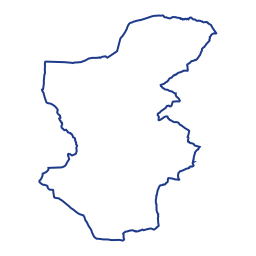 Wanging'ombe, Njombe, United Republic of Tanzania (Mercator projection)
{"feature_id": "72390352B33528420406675", "entity_name": "Wanging'ombe", "entity_type": "district", "adm_level": 2, "iso_a3": "TZA", "parent_name": "United Republic of Tanzania", "parent_adm1": "Njombe", "projection": "mercator", "projection_center": [34.635, -9.053], "detail": "fine", "context": "isolated", "style": "outline", "palette": "blue", "viewbox_px": 256, "rotation_deg": 0, "n_neighbors": 0, "source": "geoboundaries", "source_scale": "gbopen_adm2", "svg_char_len": 5760}
<svg xmlns="http://www.w3.org/2000/svg" viewBox="0 0 256 256"><path d="M160.9,15.7L159.3,15.5L153.8,15.9L151.4,16.5L147.1,18.0L140.4,20.1L139.0,20.2L137.2,20.8L136.1,20.8L134.6,21.5L133.8,21.5L132.4,22.3L130.3,22.9L129.7,23.3L129.0,24.0L128.3,25.0L128.3,25.3L128.1,25.5L127.3,27.2L126.9,28.7L125.1,32.1L122.7,35.8L120.8,37.9L120.3,38.8L117.1,51.2L107.4,57.7L105.4,56.3L102.1,56.8L100.0,57.9L99.4,57.4L97.7,57.8L92.1,57.9L88.8,58.5L85.4,60.4L81.0,62.1L77.8,62.4L74.5,62.5L73.2,63.1L72.5,62.9L64.9,62.2L45.9,61.6L45.1,61.9L44.9,64.0L45.0,66.3L44.8,69.0L45.0,73.2L44.4,74.6L44.0,78.8L43.8,80.5L43.9,83.1L43.3,87.8L43.0,89.3L42.0,89.6L42.4,91.2L43.4,92.5L44.6,97.1L46.4,102.3L47.6,103.1L50.5,103.6L52.9,104.8L55.4,106.7L57.5,109.4L57.8,110.1L57.3,111.4L57.2,112.5L58.1,114.0L59.8,115.4L60.0,115.8L60.1,116.6L60.4,117.1L60.4,117.9L59.2,118.5L59.9,120.3L60.6,120.9L60.9,121.9L61.2,122.4L62.0,122.7L62.2,124.4L61.7,125.3L61.4,126.5L61.8,127.9L63.1,128.9L63.6,129.6L64.4,130.2L65.6,129.8L66.2,129.8L66.9,130.8L67.5,131.3L67.8,132.3L70.6,133.2L70.6,133.7L71.9,134.3L72.6,135.9L72.9,136.2L73.0,137.1L74.8,138.2L75.1,138.6L75.0,140.1L75.4,140.5L75.4,141.0L75.7,142.1L76.1,142.4L76.2,143.2L76.0,144.1L77.1,145.6L76.3,147.8L76.7,151.0L75.9,153.7L73.5,154.9L72.0,155.5L70.2,154.2L69.2,154.3L68.6,153.8L68.2,154.0L67.9,155.0L69.2,159.1L67.2,162.2L66.4,163.9L65.4,165.6L64.2,166.4L61.7,167.4L48.4,167.9L48.5,169.2L48.0,170.3L46.4,171.9L42.9,173.7L42.7,173.7L42.5,175.7L41.6,178.0L40.6,179.7L40.3,179.8L39.3,181.2L39.6,182.2L41.3,183.7L43.0,184.8L44.2,184.8L46.6,185.5L47.5,186.2L47.6,187.5L48.6,188.9L49.8,189.7L52.9,189.8L53.2,190.2L53.4,192.8L54.2,197.3L55.5,197.9L58.9,198.4L59.7,199.1L62.3,200.7L69.7,206.8L70.4,207.7L73.6,209.8L75.7,211.6L76.4,212.0L78.1,213.4L79.1,213.8L79.7,214.2L83.4,215.4L84.4,217.1L85.5,220.5L86.6,221.8L88.8,226.3L91.1,229.6L92.2,232.9L94.2,236.9L96.6,238.7L99.1,238.8L103.1,239.4L108.1,239.5L111.6,240.1L119.6,239.9L122.8,240.6L123.9,239.8L124.1,239.0L123.6,237.9L123.5,236.8L123.7,236.0L123.6,235.0L123.1,233.9L123.4,233.3L125.3,231.8L126.4,231.5L127.8,231.3L128.5,231.0L130.7,230.4L132.9,230.3L134.7,231.2L135.7,231.5L135.9,231.5L136.0,231.1L136.6,231.4L137.5,231.4L137.9,231.4L139.2,230.7L139.7,230.8L140.3,230.4L141.0,230.3L142.1,229.7L142.6,229.6L143.6,230.2L147.2,229.2L150.3,228.5L150.9,228.5L151.7,228.7L153.2,229.4L153.9,229.6L154.4,229.5L155.5,228.5L156.3,228.1L156.7,227.3L157.4,227.0L158.7,225.7L158.3,223.4L157.9,218.4L157.9,217.8L158.3,216.5L158.0,215.2L158.3,214.1L157.6,213.3L157.1,212.2L156.5,209.9L156.6,208.7L156.4,207.3L156.6,206.1L156.3,204.9L156.5,204.3L156.0,203.3L155.8,202.2L155.9,199.5L156.4,196.4L156.3,195.5L156.7,195.3L157.7,190.2L158.6,188.3L158.9,187.1L160.2,185.4L162.0,185.1L162.6,184.8L163.0,184.9L163.3,184.5L164.1,184.6L165.0,184.4L165.4,183.8L165.8,183.6L165.9,183.1L167.2,182.4L167.5,182.0L167.9,180.6L167.8,180.2L168.0,178.8L168.2,178.3L168.5,178.1L172.2,178.5L175.1,179.4L176.9,179.5L179.0,179.8L179.2,179.6L178.4,178.2L178.0,175.9L178.4,173.1L179.5,171.9L180.0,171.3L181.6,170.9L183.5,170.1L186.4,168.7L188.1,168.4L188.8,167.7L189.4,167.8L189.6,167.2L189.8,167.1L190.2,166.5L191.1,166.3L191.9,166.7L193.4,165.9L193.6,165.4L192.7,163.4L192.7,162.6L193.4,162.2L193.0,162.2L193.1,160.8L193.4,159.6L193.6,159.6L193.8,157.0L194.4,154.9L194.9,153.8L194.9,152.6L196.2,150.8L197.9,149.3L198.3,149.3L198.6,148.3L199.7,146.9L195.9,145.8L194.9,145.6L194.5,145.3L193.7,144.0L192.0,143.3L190.4,143.1L189.5,142.6L189.6,142.4L189.1,141.8L188.0,141.6L187.9,140.8L188.4,137.9L188.0,136.7L187.7,136.7L188.5,134.5L189.2,130.9L188.4,130.1L185.2,128.3L181.1,125.2L180.1,124.9L179.2,123.9L178.8,123.1L178.2,122.6L176.7,122.1L174.2,122.1L172.3,121.3L171.1,120.4L169.9,120.0L169.2,119.4L169.1,119.0L168.9,119.0L168.2,118.4L168.0,118.1L167.6,116.7L166.9,116.4L165.5,116.5L164.9,116.8L164.0,117.2L162.6,118.3L160.3,119.8L159.3,120.2L158.7,120.1L158.6,118.7L158.9,117.1L158.4,116.0L157.6,114.9L157.7,114.1L158.1,113.5L159.9,112.5L160.8,111.3L163.0,109.8L165.8,107.8L166.5,106.5L167.0,105.9L167.5,106.0L168.7,105.6L169.0,105.7L170.0,106.5L171.1,106.1L171.5,105.6L172.0,104.2L172.7,101.9L173.0,101.7L174.8,101.4L175.8,101.5L176.9,101.3L179.0,101.5L179.5,101.3L179.8,100.6L178.8,98.6L176.4,96.5L175.8,95.2L175.7,94.6L175.8,93.4L174.8,93.3L173.7,92.7L172.1,91.5L169.5,90.9L167.5,89.8L165.0,89.4L164.3,89.0L163.5,88.2L162.6,87.9L162.1,87.1L160.9,86.1L160.7,84.9L163.8,83.9L166.0,82.2L166.6,82.0L168.3,80.5L168.6,79.7L169.4,78.6L170.0,78.2L171.2,77.8L171.7,77.5L173.3,75.7L174.0,75.2L174.6,74.9L174.8,75.1L176.2,74.5L176.4,74.0L176.9,73.9L177.6,73.2L178.6,72.7L179.8,72.4L182.5,71.4L183.3,70.8L183.9,70.6L184.4,70.7L186.2,70.6L187.0,70.8L187.6,70.7L187.7,70.4L187.8,69.5L187.5,67.5L187.5,66.4L187.1,65.4L187.3,64.5L190.2,62.6L190.7,61.9L191.6,61.1L193.6,60.7L194.8,60.2L195.1,59.9L195.6,60.1L196.2,59.8L197.7,58.3L199.1,56.1L199.9,55.3L201.3,51.6L201.9,50.6L202.0,49.0L203.1,47.7L204.3,47.0L206.4,44.0L209.4,40.8L209.6,40.2L209.5,39.6L209.4,39.5L210.0,38.1L209.7,37.1L210.6,36.2L211.2,35.0L212.1,34.2L213.7,33.4L216.3,33.6L216.7,33.8L216.4,33.4L212.6,28.0L211.1,25.1L207.9,23.2L207.9,22.7L207.6,22.4L207.1,22.3L206.6,22.0L203.7,22.3L202.6,22.0L202.2,21.5L200.3,20.9L198.7,20.6L197.9,20.8L196.7,20.8L195.5,19.9L194.6,19.4L193.3,19.4L192.9,19.2L192.1,18.5L191.4,17.7L190.9,17.5L190.3,17.8L189.6,17.8L188.9,18.9L188.1,18.9L188.1,19.1L187.4,18.8L187.0,19.2L186.8,18.9L186.6,19.0L185.1,18.8L184.8,19.1L184.6,19.0L184.0,19.4L183.3,19.1L183.2,19.4L182.6,19.5L182.2,19.0L180.8,19.0L180.5,18.8L180.5,18.1L177.4,17.7L175.3,17.1L175.0,17.2L173.0,17.0L172.2,17.3L170.7,18.2L169.7,18.4L167.6,17.9L166.8,17.5L166.1,17.3L165.1,17.3L164.5,17.2L164.1,16.9L163.8,16.2L163.3,15.7L162.6,15.4L160.9,15.7Z" fill="none" stroke="#1e3a8a" stroke-width="2"/></svg>